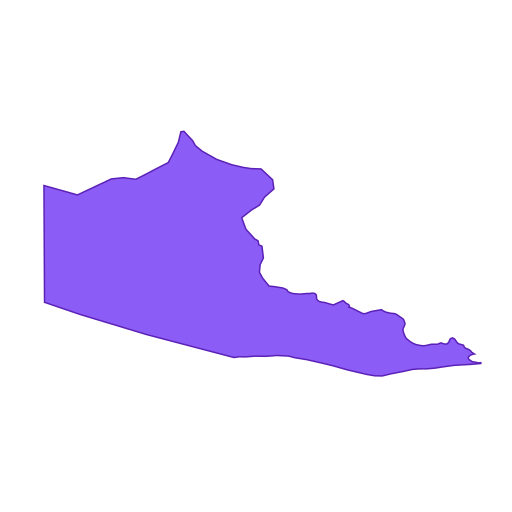 outline of Keur Macene, Trarza, Mauritania, rotated 265°
{"feature_id": "47542326B95460333313215", "entity_name": "Keur Macene", "entity_type": "district", "adm_level": 2, "iso_a3": "MRT", "parent_name": "Mauritania", "parent_adm1": "Trarza", "projection": "mercator", "projection_center": [-16.333, 16.533], "detail": "fine", "context": "isolated", "style": "filled", "palette": "violet", "viewbox_px": 512, "rotation_deg": 265, "n_neighbors": 0, "source": "geoboundaries", "source_scale": "gbopen_adm2", "svg_char_len": 2195}
<svg xmlns="http://www.w3.org/2000/svg" viewBox="0 0 512 512"><g transform="rotate(265 256 256)"><path d="M386.3,192.0L376.2,188.6L364.9,181.9L356.7,176.7L351.5,163.9L347.2,153.7L342.9,142.9L345.6,130.8L345.4,118.6L332.4,83.4L344.7,50.9L228.3,41.3L213.0,75.9L187.3,140.1L156.8,225.2L157.1,230.1L156.4,237.2L156.3,246.6L155.3,256.0L155.1,262.2L155.1,267.9L153.5,279.6L151.3,285.8L148.3,297.6L142.7,315.0L139.6,324.0L134.7,336.8L128.3,356.2L126.3,363.9L125.5,371.3L126.8,379.7L128.1,392.2L129.4,402.2L129.3,408.6L128.7,416.6L128.7,424.6L129.2,431.7L129.8,443.8L129.6,451.3L129.3,460.5L129.3,464.5L129.3,470.5L130.1,470.7L130.1,468.5L130.9,465.9L131.9,462.2L134.4,459.1L136.2,458.4L137.4,459.5L138.4,460.7L138.9,462.4L139.2,463.6L139.4,464.7L139.4,465.0L141.2,462.6L142.9,461.5L144.4,459.7L146.1,456.3L147.5,455.3L148.5,455.2L149.1,454.9L149.7,453.3L150.4,451.5L151.0,449.9L151.8,449.2L153.8,447.9L155.9,446.7L156.7,445.7L157.3,444.6L156.9,443.0L156.4,442.2L155.2,441.4L153.7,440.8L152.8,440.1L152.1,438.7L151.5,438.1L151.9,436.5L152.2,435.1L153.1,433.5L153.2,432.6L153.3,432.1L152.7,430.4L152.3,429.3L152.8,423.0L152.0,417.1L152.0,415.1L152.3,412.9L153.8,407.7L155.4,404.7L157.3,402.1L160.9,398.4L163.7,397.2L167.3,396.2L169.7,395.9L171.4,396.5L174.8,398.4L176.4,398.5L179.8,397.5L181.0,396.5L182.2,394.9L185.6,390.9L186.5,389.1L187.4,384.6L188.7,380.6L190.5,377.5L191.6,376.4L190.7,366.0L189.1,360.0L189.3,357.4L195.4,347.5L196.9,344.2L197.3,344.8L198.0,344.6L199.4,344.2L200.4,342.7L200.9,341.8L203.1,339.9L204.0,338.7L200.5,328.8L201.9,324.9L203.7,320.4L204.3,317.5L205.3,314.9L206.2,313.8L207.5,312.8L208.5,312.6L210.6,312.8L212.4,312.5L213.5,311.3L214.0,309.8L214.1,308.9L214.0,305.5L214.2,303.8L214.2,296.7L215.0,291.2L215.9,287.9L217.6,284.9L219.8,283.7L221.8,279.9L223.9,271.6L224.9,266.4L233.1,260.8L239.5,258.0L247.1,259.4L253.4,263.2L265.2,262.8L266.9,259.8L270.9,259.4L273.3,256.0L275.8,254.2L283.5,248.3L295.4,245.1L302.3,255.7L306.4,264.0L313.9,269.6L321.3,279.7L330.5,279.2L342.3,268.6L343.5,258.7L345.4,250.9L349.0,239.9L355.7,225.2L365.1,211.5L371.3,205.2L376.3,203.0L379.0,200.9L382.5,198.1L386.5,195.1L386.3,192.0Z" fill="#8b5cf6" stroke="#5b21b6" stroke-width="1.5"/></g></svg>